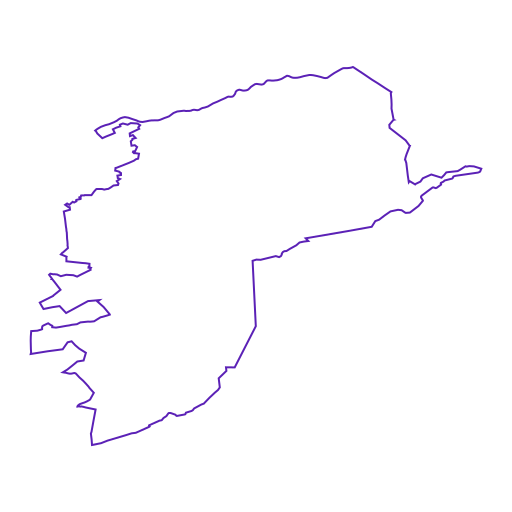 outline of Mētrienas pag., Madona, Latvia
{"feature_id": "27541924B91196671574766", "entity_name": "Mētrienas pag.", "entity_type": "district", "adm_level": 2, "iso_a3": "LVA", "parent_name": "Latvia", "parent_adm1": "Madona", "projection": "equal_earth", "projection_center": [26.346, 56.675], "detail": "fine", "context": "isolated", "style": "outline", "palette": "violet", "viewbox_px": 512, "rotation_deg": 0, "n_neighbors": 0, "source": "geoboundaries", "source_scale": "gbopen_adm2", "svg_char_len": 5849}
<svg xmlns="http://www.w3.org/2000/svg" viewBox="0 0 512 512"><path d="M279.1,257.1L280.8,256.2L281.3,255.5L281.9,254.0L281.8,253.6L282.8,252.1L284.3,251.2L286.5,251.0L289.8,248.9L296.3,245.3L299.5,242.5L303.7,241.6L308.3,241.0L305.7,238.3L347.2,231.2L371.7,226.8L375.3,221.1L379.1,219.7L384.6,215.5L390.5,211.4L398.0,209.8L401.6,210.2L405.1,212.6L405.8,212.9L409.7,212.6L410.0,212.5L418.5,206.0L422.8,200.9L422.9,200.5L421.1,197.6L421.0,196.8L421.1,196.5L421.6,195.7L425.9,192.5L426.8,191.8L427.9,191.0L432.3,187.7L432.9,187.4L433.4,187.4L434.1,187.6L435.6,188.1L435.8,188.1L436.7,187.8L441.1,184.6L441.1,184.3L440.7,183.3L440.9,182.9L443.5,181.6L444.4,180.7L444.6,180.5L452.1,178.6L452.5,178.3L452.8,177.9L453.0,177.6L453.2,176.8L453.3,176.6L453.6,176.4L455.6,175.8L477.9,172.6L479.0,172.2L479.7,171.9L480.2,171.4L481.3,168.7L473.9,166.4L469.3,166.1L466.6,166.6L465.5,166.3L460.0,169.8L457.7,171.1L448.3,172.1L446.3,172.4L444.1,175.1L441.5,177.7L431.6,174.6L431.3,174.5L423.0,178.2L422.8,178.3L420.4,181.6L415.3,184.1L415.1,184.4L409.6,181.1L408.8,182.2L407.8,175.6L406.3,163.0L405.3,159.9L405.0,159.7L405.6,157.2L406.6,154.1L409.8,146.0L409.7,146.0L409.2,145.2L408.7,144.5L405.6,140.3L389.6,127.9L389.3,124.8L389.4,124.7L393.4,119.9L393.8,119.8L393.6,119.7L391.5,108.6L391.6,104.5L391.4,99.6L390.8,93.2L391.4,92.1L385.4,88.3L377.8,83.3L372.0,79.7L362.9,73.5L356.5,69.3L353.8,67.5L352.9,67.0L351.6,67.5L349.6,67.9L347.5,68.1L344.9,68.1L343.2,68.2L341.8,68.8L334.5,72.9L331.5,74.9L327.4,77.8L325.6,78.1L324.3,78.0L323.5,77.8L320.5,76.9L316.9,76.0L313.0,75.2L310.8,75.0L309.3,75.0L303.9,76.1L300.0,77.2L297.4,77.7L295.8,77.8L293.8,77.8L292.4,77.6L291.0,77.1L289.2,76.2L287.5,75.8L286.5,75.9L285.8,76.5L284.4,77.2L282.5,78.4L281.0,79.1L279.2,79.7L277.3,80.2L273.3,80.6L271.7,80.6L269.9,80.4L268.1,80.4L267.4,80.5L266.4,81.1L263.7,84.0L262.9,84.3L261.5,84.6L256.7,83.9L255.0,84.2L253.1,85.4L250.9,86.9L249.2,88.7L247.7,89.9L246.0,90.4L244.1,90.6L243.1,90.6L242.1,90.4L240.8,90.0L239.3,89.7L238.2,90.0L237.1,90.5L236.4,91.0L235.7,91.9L235.1,93.8L233.6,95.8L232.7,96.5L231.9,96.7L230.1,96.8L228.7,96.6L227.5,96.9L225.2,98.1L220.9,100.0L217.3,101.7L213.1,103.4L207.9,106.5L204.9,107.5L202.5,108.0L201.3,108.5L199.1,109.8L198.0,110.1L197.3,110.2L196.4,110.1L194.5,109.8L193.5,109.8L192.2,110.1L191.2,110.6L189.5,110.9L185.9,111.0L184.0,110.7L177.2,111.5L173.5,113.0L169.1,116.3L167.1,117.1L164.5,118.0L160.4,119.7L159.0,120.1L158.0,120.3L151.6,120.4L149.2,120.7L146.4,121.3L142.5,122.0L140.3,121.8L138.7,121.4L136.4,120.4L132.4,119.1L128.4,117.7L124.9,117.1L122.8,117.5L120.6,118.2L118.7,119.3L116.9,120.7L114.0,122.2L109.1,124.2L105.3,125.2L101.0,126.8L98.4,128.3L96.4,129.6L95.2,130.6L96.0,131.3L97.3,133.5L102.3,138.2L106.1,136.5L112.1,134.1L114.8,132.9L112.9,129.3L116.2,127.7L120.4,126.3L119.9,124.7L122.9,123.5L127.7,124.7L130.7,123.1L137.4,123.5L140.1,125.2L138.3,127.3L139.2,128.8L129.7,133.4L130.0,136.1L132.9,135.1L135.6,138.0L132.4,138.9L132.4,139.8L130.8,141.3L131.5,145.7L134.8,145.2L137.1,147.0L135.1,151.2L133.2,151.4L132.9,152.1L134.0,153.2L135.7,153.2L139.0,153.7L138.1,158.7L136.0,159.2L133.9,160.7L128.9,162.9L116.5,167.8L115.5,168.0L115.2,170.6L118.3,171.4L119.5,171.8L119.7,172.0L119.7,172.6L121.0,173.1L121.0,175.0L117.4,175.6L117.8,178.1L120.0,179.0L116.8,181.1L118.5,183.5L118.0,185.0L113.5,185.5L110.8,187.4L108.3,188.9L106.6,189.1L104.2,189.6L102.5,189.1L101.6,189.0L96.7,189.0L96.1,189.3L95.8,189.6L95.4,190.1L94.9,190.6L93.9,191.8L91.5,195.1L84.7,195.1L84.3,195.4L81.7,195.4L81.1,195.5L80.8,196.9L79.3,197.3L79.3,197.5L80.7,198.7L80.7,198.8L80.6,199.0L76.7,199.8L76.1,200.2L76.4,201.3L74.1,202.5L72.7,201.8L69.4,204.8L69.1,204.7L67.1,203.5L65.2,204.8L68.5,207.2L69.7,207.2L70.0,209.7L63.8,211.5L65.0,218.7L66.0,227.1L66.3,228.8L66.5,231.1L66.8,232.5L67.1,238.9L67.4,241.3L67.6,244.1L67.5,245.6L67.7,246.2L67.9,248.1L62.9,252.5L62.4,252.7L60.9,254.4L66.6,256.7L66.5,257.0L66.4,257.0L66.4,261.3L82.5,263.0L85.5,263.2L89.5,263.8L89.4,265.4L89.5,266.2L88.6,266.7L88.5,267.7L90.9,267.9L90.3,269.0L90.6,269.8L80.3,274.9L77.1,276.6L73.3,275.2L66.2,274.8L60.8,276.2L57.1,274.5L54.2,274.2L53.3,274.3L50.3,273.7L49.1,274.8L52.0,278.7L51.8,279.0L52.1,279.0L54.3,281.7L60.5,289.8L53.4,295.5L53.2,295.9L39.8,302.6L41.3,305.3L43.5,309.0L52.4,307.2L59.6,306.1L66.1,313.0L88.0,301.1L99.4,300.1L97.5,301.6L103.6,307.0L109.7,314.3L109.8,314.6L107.8,315.3L102.7,316.8L100.5,317.3L94.1,321.3L91.3,321.6L90.0,321.7L88.0,321.6L80.4,322.4L76.9,324.2L71.8,324.8L69.3,325.4L66.5,325.8L59.2,327.1L56.0,327.6L52.2,327.2L52.3,325.8L50.5,324.9L48.2,323.3L47.0,323.8L43.4,325.5L42.5,326.1L42.1,327.1L42.1,329.2L40.8,329.7L37.3,330.7L31.2,331.1L30.8,336.5L30.7,340.6L30.9,349.2L31.1,352.3L30.7,354.0L47.5,351.3L62.7,349.3L67.6,342.3L71.6,341.3L75.2,345.2L79.2,348.6L85.9,352.8L83.6,360.5L77.3,361.5L71.7,366.1L67.3,369.6L62.9,372.3L64.5,372.6L65.6,372.7L68.2,373.4L69.7,373.7L71.0,373.7L72.5,373.4L73.7,373.1L74.5,373.0L75.6,373.4L76.0,373.7L79.4,377.4L83.2,380.8L86.3,384.1L88.6,386.7L89.4,387.9L93.8,392.8L90.1,399.5L89.1,400.2L86.9,401.4L84.5,402.5L82.6,403.1L80.4,403.9L79.5,404.3L78.0,405.5L77.4,406.4L77.4,406.6L78.8,406.3L80.4,406.6L81.1,406.4L83.2,406.8L85.8,407.5L95.6,409.5L93.5,420.7L91.5,431.8L90.9,433.6L91.6,439.4L92.0,445.0L101.0,443.2L107.6,440.6L126.4,435.0L131.7,433.3L135.8,432.8L149.4,426.7L149.6,426.5L149.1,425.9L149.0,425.6L149.1,425.3L159.6,420.6L161.0,420.4L161.8,420.1L163.5,418.0L166.4,416.1L168.3,413.4L168.9,413.0L170.3,413.0L171.2,413.2L175.4,414.7L176.5,415.9L177.1,415.9L185.0,414.4L185.4,414.1L185.9,412.7L191.1,411.1L191.5,411.0L192.8,410.2L194.0,408.6L194.2,408.4L201.4,404.5L203.9,403.6L204.2,403.2L209.5,397.7L214.8,392.7L218.0,390.0L219.8,387.4L218.7,378.3L226.4,370.9L226.0,367.3L234.7,367.4L255.8,326.2L252.6,260.8L256.4,259.6L260.6,259.8L275.8,256.1L279.1,257.1Z" fill="none" stroke="#5b21b6" stroke-width="2"/></svg>